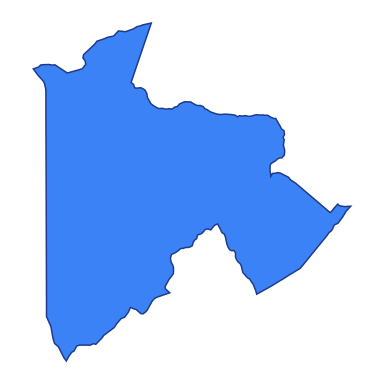 Inajá, Pernambuco, Brazil
{"feature_id": "56859067B51335287871897", "entity_name": "Inajá", "entity_type": "district", "adm_level": 2, "iso_a3": "BRA", "parent_name": "Brazil", "parent_adm1": "Pernambuco", "projection": "natural_earth1", "projection_center": [-37.801, -8.807], "detail": "fine", "context": "isolated", "style": "filled", "palette": "blue", "viewbox_px": 384, "rotation_deg": 0, "n_neighbors": 0, "source": "geoboundaries", "source_scale": "gbopen_adm2", "svg_char_len": 2827}
<svg xmlns="http://www.w3.org/2000/svg" viewBox="0 0 384 384"><path d="M33.3,68.9L36.0,72.6L37.6,74.8L43.5,81.4L44.6,83.9L45.6,88.3L45.9,91.0L45.9,114.4L46.2,198.0L46.4,266.4L46.5,302.4L46.5,316.6L50.9,326.5L53.0,338.3L54.6,343.5L58.3,346.6L64.0,357.8L66.3,361.0L68.6,356.7L70.4,354.0L72.0,352.1L73.9,351.2L75.4,348.5L76.7,346.0L79.5,345.1L85.9,345.1L90.1,345.2L93.4,343.7L95.8,344.3L102.3,337.6L103.6,335.5L105.7,333.9L114.4,327.4L116.3,324.2L121.3,318.4L124.5,317.3L128.2,312.4L130.5,307.4L134.0,308.9L136.0,309.4L140.9,313.7L143.1,313.8L145.9,311.7L147.5,309.6L152.2,301.1L154.2,298.8L156.9,297.2L169.8,292.8L165.5,289.0L165.0,286.7L167.3,282.6L169.2,279.1L171.3,276.6L173.3,273.7L173.5,271.3L173.5,267.6L172.7,264.9L171.3,262.6L170.4,258.6L171.4,254.5L175.3,252.7L178.1,250.8L180.5,248.6L183.3,248.3L185.7,247.5L188.6,247.4L190.5,246.8L192.4,245.6L193.1,242.4L194.8,240.0L196.7,238.6L197.5,235.0L200.1,234.2L201.9,233.4L203.6,231.5L205.4,229.3L208.0,229.0L210.8,229.9L212.5,227.6L215.0,225.0L217.7,223.9L218.8,226.3L220.1,228.7L221.9,232.5L224.5,234.3L225.5,237.4L226.2,240.7L226.9,244.1L228.2,247.4L229.7,249.7L231.5,250.7L233.9,250.5L235.6,253.0L235.4,256.5L236.4,259.4L238.0,261.8L240.4,264.0L241.5,266.7L242.1,269.6L242.9,272.6L244.7,274.5L246.1,276.3L247.8,278.0L249.7,279.1L251.4,281.8L253.4,284.6L254.6,288.0L255.8,290.8L256.7,294.2L271.8,285.8L277.7,282.1L283.3,278.8L288.9,275.2L300.3,268.3L327.2,235.3L329.1,232.5L330.9,231.3L332.5,229.1L334.2,225.0L338.0,223.2L342.5,217.2L346.2,211.2L350.7,206.2L344.4,206.6L339.4,205.7L337.7,204.1L333.6,208.7L332.3,210.6L330.1,212.6L325.2,208.4L295.9,183.4L290.5,179.8L288.6,177.3L280.4,173.1L277.7,172.6L275.2,173.2L272.3,173.5L270.8,176.3L270.0,170.5L270.1,165.5L271.1,163.4L273.6,162.0L275.6,160.7L278.6,158.1L281.9,157.8L284.4,155.0L284.7,150.3L283.4,145.2L284.2,139.8L283.1,137.2L284.4,134.8L284.1,130.8L281.4,128.8L279.8,125.5L278.5,123.4L275.7,118.4L273.7,118.5L270.8,117.2L267.8,115.3L264.9,115.3L262.8,114.9L260.1,115.1L256.6,114.7L254.2,115.2L251.2,116.1L249.1,116.4L245.1,115.6L242.5,116.1L239.3,115.7L237.3,116.8L235.1,115.1L230.8,114.5L224.8,114.1L221.4,114.5L218.1,114.3L215.1,113.5L210.3,111.8L206.9,109.5L205.0,108.9L203.1,106.5L200.2,105.5L197.1,105.5L194.2,104.1L190.5,101.9L184.4,101.8L179.6,103.9L177.4,106.4L174.5,107.2L171.8,109.2L169.2,108.6L166.2,109.2L162.7,108.4L158.4,108.5L153.3,105.6L150.7,103.5L147.5,97.6L146.8,93.4L144.9,90.0L142.6,88.5L140.7,87.7L137.1,88.1L134.7,87.9L133.6,84.5L131.1,82.4L144.5,43.0L151.3,23.0L142.7,24.9L140.4,25.9L137.1,26.6L133.2,29.0L125.3,31.7L118.4,30.9L115.3,34.3L113.5,36.1L107.6,37.3L103.5,39.0L96.9,41.2L94.7,44.2L83.6,54.6L82.9,57.9L85.1,60.8L85.7,64.4L82.2,68.8L78.4,69.9L67.3,73.0L54.9,64.8L52.4,65.1L49.1,64.5L45.1,64.6L40.9,64.9L38.4,67.1L33.3,68.9Z" fill="#3b82f6" stroke="#1e3a8a" stroke-width="1.5"/></svg>